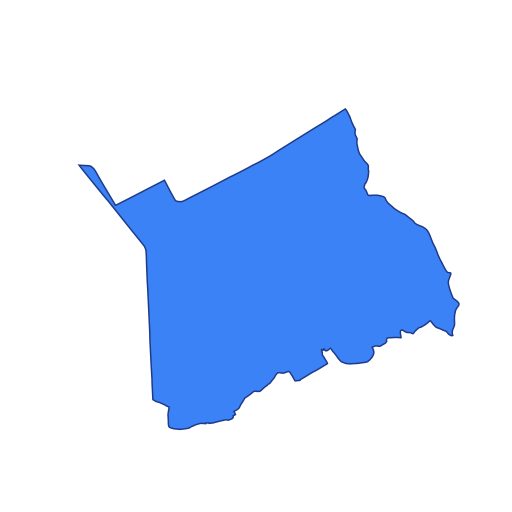 Sai Mai, Bangkok Metropolis, Thailand (Robinson projection), rotated 330°
{"feature_id": "78962969B64116960890602", "entity_name": "Sai Mai", "entity_type": "district", "adm_level": 2, "iso_a3": "THA", "parent_name": "Thailand", "parent_adm1": "Bangkok Metropolis", "projection": "robinson", "projection_center": [100.659, 13.912], "detail": "fine", "context": "isolated", "style": "filled", "palette": "blue", "viewbox_px": 512, "rotation_deg": 330, "n_neighbors": 0, "source": "geoboundaries", "source_scale": "gbopen_adm2", "svg_char_len": 6101}
<svg xmlns="http://www.w3.org/2000/svg" viewBox="0 0 512 512"><g transform="rotate(330 256 256)"><path d="M386.8,423.1L386.9,422.5L387.2,421.4L387.4,420.9L388.0,419.8L388.7,419.0L390.4,417.4L391.1,417.0L392.1,416.2L393.6,414.8L395.0,412.3L396.1,410.2L397.2,408.3L398.4,406.6L399.5,405.2L400.3,404.4L400.6,403.9L401.3,403.2L403.0,402.0L403.6,401.6L405.9,400.6L406.9,400.1L407.3,399.7L407.7,399.1L407.9,398.8L408.0,398.1L407.8,396.4L407.2,394.8L405.9,391.8L405.7,391.2L405.7,390.6L406.2,386.7L406.7,384.1L407.3,381.2L408.4,377.1L409.0,375.8L409.2,375.2L410.0,374.1L411.2,372.8L412.1,372.1L415.6,369.2L416.1,368.2L415.9,367.8L415.6,367.5L414.2,366.5L413.9,366.3L413.7,365.9L413.3,364.1L413.3,361.3L413.4,357.8L413.6,354.6L413.7,350.6L414.2,346.0L414.9,341.8L415.2,339.7L415.4,338.0L415.6,333.3L416.9,324.8L417.1,322.6L417.1,319.8L417.0,319.2L416.8,318.2L416.1,316.4L415.3,314.9L414.6,313.7L411.2,309.4L410.7,308.4L410.1,307.3L409.9,306.4L409.9,305.5L409.7,304.4L408.9,302.1L407.6,299.1L407.0,297.4L406.0,294.9L405.6,294.1L404.0,292.2L402.9,290.5L401.0,287.2L400.4,286.0L399.4,283.8L398.5,280.9L397.7,278.7L396.7,275.6L396.6,274.3L396.5,273.0L396.6,272.0L396.8,270.6L396.8,270.1L396.7,269.7L396.3,268.7L395.6,267.9L393.9,266.1L392.7,265.1L391.6,264.1L389.4,262.8L384.4,260.2L383.6,259.6L383.5,259.4L383.5,259.0L383.6,257.2L383.9,255.7L384.0,253.7L383.7,251.4L383.7,251.0L383.9,250.6L384.4,249.8L385.2,249.3L385.8,248.5L386.1,248.2L387.4,247.7L388.8,246.9L391.0,245.1L393.0,243.1L393.7,242.1L394.4,241.2L394.8,240.5L395.6,239.5L396.2,238.4L396.2,237.7L396.3,237.5L398.3,234.3L398.4,234.0L398.5,233.3L398.4,232.0L397.7,229.2L397.4,227.9L397.2,225.4L396.8,219.8L396.9,218.3L397.5,215.5L399.5,209.3L400.3,207.7L401.6,206.0L402.2,204.9L402.3,204.3L402.5,201.3L402.7,200.3L403.1,199.2L403.5,198.5L403.9,197.9L405.0,196.7L405.2,196.4L405.3,196.0L405.4,195.3L405.5,192.0L405.8,188.4L406.1,186.4L406.8,182.8L406.9,181.9L407.2,175.6L406.9,173.3L405.1,173.4L403.1,173.4L398.8,173.6L390.2,173.8L384.1,174.2L370.7,174.5L330.9,175.8L326.9,176.0L321.9,176.3L314.9,176.4L304.8,176.2L299.1,175.8L291.7,175.6L282.4,175.2L273.2,174.6L251.5,173.7L228.8,172.5L221.3,172.2L220.2,172.0L218.8,171.7L217.9,171.3L215.7,169.8L214.5,168.6L214.1,168.0L214.0,167.5L213.9,166.9L213.9,164.4L214.0,158.6L214.6,144.6L201.7,144.0L194.0,143.6L188.8,143.4L170.1,142.5L159.7,141.9L159.4,123.0L159.3,113.8L159.4,102.0L159.2,99.4L158.6,97.5L157.9,95.8L157.2,95.0L156.7,94.5L148.2,88.9L149.1,95.5L150.9,107.0L154.0,126.3L155.6,135.3L160.2,165.8L163.7,188.3L164.2,191.7L164.0,193.8L163.8,195.0L163.5,196.1L163.1,197.0L160.7,201.8L157.8,207.1L148.9,224.1L146.3,229.3L144.4,233.0L132.5,256.1L125.7,269.2L122.2,275.6L111.0,297.4L104.3,310.8L102.7,313.6L94.9,328.8L96.4,331.5L96.9,332.2L99.4,334.9L101.6,337.9L101.9,338.3L103.8,341.5L105.1,343.1L105.2,343.3L105.2,343.5L101.7,347.7L100.2,349.8L99.0,352.4L98.3,353.5L97.9,354.5L96.3,357.3L95.9,358.2L95.5,359.2L95.3,360.3L95.4,360.8L95.5,361.2L97.4,363.5L98.5,364.5L100.2,365.8L101.6,366.8L103.1,367.7L103.2,368.0L104.7,368.7L109.0,370.5L112.4,371.6L112.8,371.6L113.5,371.4L114.1,371.4L117.4,371.8L118.8,371.9L121.7,372.5L123.9,373.1L124.4,373.3L126.2,374.4L128.6,376.0L128.8,375.5L131.7,376.9L131.7,377.3L131.7,377.5L135.6,379.2L137.5,379.6L140.6,380.5L141.8,380.8L147.5,382.6L148.1,382.9L148.4,383.0L149.8,384.2L150.1,384.4L153.4,384.9L154.1,384.9L155.1,384.7L155.4,384.5L155.8,384.0L156.3,382.9L158.5,383.1L159.0,383.0L159.2,380.8L159.2,379.6L159.5,379.6L159.9,379.6L163.6,379.6L165.2,379.2L165.5,379.1L168.8,376.9L169.5,376.5L170.8,376.0L171.9,375.4L174.3,374.0L174.7,373.7L175.2,373.5L175.6,373.4L178.0,373.3L179.2,373.2L180.9,373.0L182.6,372.8L185.3,372.3L187.1,372.3L187.3,372.4L188.6,373.2L188.7,373.3L188.8,373.5L189.6,374.0L191.3,375.0L191.5,375.1L192.3,375.1L193.0,375.0L198.3,373.8L199.2,373.7L200.0,373.7L200.6,373.7L202.5,373.1L203.7,373.2L204.5,373.1L206.0,372.5L207.8,371.7L209.1,371.3L210.6,370.7L211.6,370.2L212.5,369.5L214.1,368.7L215.6,368.2L216.2,368.1L216.9,368.2L218.3,369.0L218.9,369.6L221.3,371.2L222.3,371.5L224.0,371.7L225.0,371.9L226.2,372.2L226.6,372.4L226.8,372.6L227.1,373.2L227.2,374.0L227.4,378.3L227.4,381.9L227.3,383.1L227.4,383.6L227.5,383.7L227.9,384.0L230.2,384.9L231.8,385.7L232.0,385.7L232.6,385.3L232.9,385.2L238.0,385.2L240.7,385.1L243.7,385.0L247.4,385.0L252.8,385.2L256.8,385.1L259.9,385.0L263.6,385.0L264.1,384.9L264.3,383.9L264.3,382.3L264.3,381.3L264.2,376.4L263.9,375.1L264.3,374.2L265.3,372.4L265.5,371.4L265.7,370.0L265.9,369.8L266.9,370.9L267.2,371.1L267.4,371.1L267.5,371.0L267.8,370.4L268.0,370.3L268.8,370.9L268.8,371.1L268.5,371.7L268.5,372.0L268.5,372.3L269.0,373.0L269.6,373.3L270.2,373.5L271.0,373.5L274.0,373.1L274.3,373.1L274.5,373.3L274.6,374.0L274.8,376.9L275.3,379.1L275.8,382.9L275.9,384.1L275.9,384.9L276.2,386.9L276.6,388.6L277.0,390.1L277.8,391.2L280.0,393.9L282.9,396.1L289.1,399.2L290.9,400.1L291.8,400.4L293.7,401.2L293.8,401.2L294.0,401.2L294.0,401.3L295.2,401.8L297.5,402.7L299.5,403.3L299.9,403.3L302.2,402.9L302.7,402.8L303.7,402.4L304.6,402.2L305.8,401.7L307.4,400.8L308.3,400.1L309.1,399.4L309.8,398.5L310.2,397.7L310.5,396.9L310.7,396.3L310.8,395.2L310.9,393.5L310.9,393.2L311.0,393.1L311.6,393.1L312.5,393.3L313.6,393.4L314.5,393.6L315.4,394.1L316.7,395.2L317.5,395.8L318.8,396.2L320.0,396.2L322.3,396.1L324.0,396.2L324.9,396.0L326.5,395.3L326.9,394.2L327.4,393.4L327.8,393.1L328.2,392.9L328.4,392.8L329.4,392.9L330.1,393.2L333.1,394.8L335.0,395.7L337.2,396.9L340.1,398.9L340.5,399.2L340.8,399.2L342.5,394.9L342.8,394.3L343.1,393.8L343.9,393.0L344.0,392.9L345.6,393.0L346.9,395.4L347.6,396.6L348.4,397.6L349.1,398.1L351.3,399.5L351.6,399.9L352.5,401.2L352.7,401.4L352.9,401.6L353.3,401.8L354.1,401.6L355.0,401.1L356.3,400.6L358.2,400.2L361.1,399.6L361.5,399.6L363.1,400.1L367.9,400.1L369.9,399.9L373.0,399.3L373.9,399.2L374.5,399.2L374.7,399.4L374.9,400.7L375.1,402.0L375.3,403.7L375.9,406.3L376.2,407.4L377.0,408.7L378.3,410.1L379.7,411.9L380.8,413.6L382.2,415.3L383.0,416.2L383.2,416.9L383.8,420.1L384.2,421.0L384.9,422.1L385.7,423.0L385.8,423.0L386.8,423.1Z" fill="#3b82f6" stroke="#1e3a8a" stroke-width="1.5"/></g></svg>